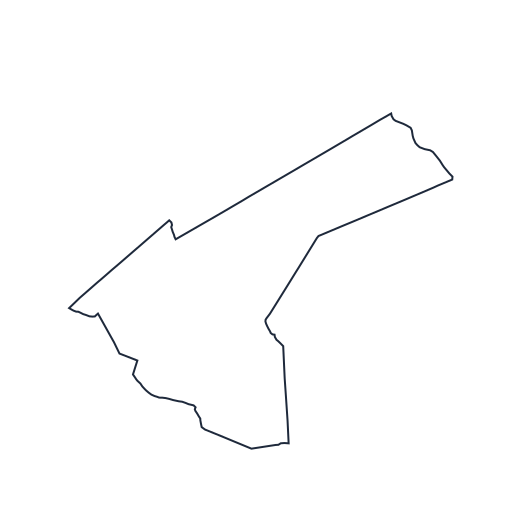 outline of Santa Quitéria do Maranhão, Maranhão, Brazil, rotated 291°
{"feature_id": "56859067B9226579866055", "entity_name": "Santa Quitéria do Maranhão", "entity_type": "district", "adm_level": 2, "iso_a3": "BRA", "parent_name": "Brazil", "parent_adm1": "Maranhão", "projection": "equal_earth", "projection_center": [-42.899, -3.344], "detail": "fine", "context": "isolated", "style": "outline", "palette": "slate", "viewbox_px": 512, "rotation_deg": 291, "n_neighbors": 0, "source": "geoboundaries", "source_scale": "gbopen_adm2", "svg_char_len": 1911}
<svg xmlns="http://www.w3.org/2000/svg" viewBox="0 0 512 512"><g transform="rotate(291 256 256)"><path d="M181.6,313.7L183.5,309.5L184.5,307.1L185.1,305.2L187.2,302.6L189.2,301.5L188.7,299.5L189.4,297.3L190.7,296.1L192.6,293.7L194.6,291.5L196.4,289.7L198.2,288.3L199.9,287.8L201.6,288.1L207.1,289.7L240.2,296.1L255.5,299.0L260.0,299.9L294.6,306.4L297.1,307.2L298.5,308.7L315.0,325.9L322.4,333.7L349.4,361.8L351.5,364.0L353.8,366.4L362.4,375.4L383.4,397.1L386.9,400.5L397.7,411.8L400.5,411.0L402.3,407.0L406.3,399.8L407.8,397.6L410.9,393.5L414.5,387.4L416.5,383.9L417.1,380.7L416.2,375.1L416.2,369.8L417.3,366.9L418.6,364.4L422.2,360.8L424.4,359.2L429.1,356.5L431.1,354.4L431.9,349.6L432.2,346.0L432.2,337.9L432.9,335.4L435.3,332.5L437.5,331.1L433.4,327.8L427.6,323.0L419.2,316.4L402.7,303.2L399.5,300.7L382.5,287.2L358.3,267.8L346.9,258.7L308.8,228.1L303.1,223.7L280.0,205.2L242.8,175.0L244.7,173.0L246.3,171.9L248.8,169.5L250.5,168.2L252.6,166.5L254.8,166.5L257.0,165.0L258.2,162.2L255.5,160.8L252.4,159.1L229.5,146.9L197.9,130.0L191.7,126.6L184.1,122.6L181.1,121.0L174.3,117.3L169.2,114.6L158.4,108.9L153.9,106.5L140.4,100.2L139.9,103.0L139.6,105.3L139.6,108.0L140.3,110.1L140.1,112.8L139.8,115.5L140.0,118.3L140.0,122.2L140.8,125.0L141.8,127.2L143.5,128.0L145.6,129.1L126.5,152.0L124.7,154.2L116.0,163.5L115.9,182.7L101.3,183.6L99.2,186.7L98.0,188.3L97.0,190.0L95.5,193.8L93.5,196.6L92.0,199.6L91.1,201.6L90.0,204.7L89.1,208.0L88.9,211.5L89.1,214.0L89.1,216.4L90.1,219.1L91.0,222.7L91.5,226.3L91.8,230.2L92.2,232.8L92.7,236.0L93.5,239.3L93.6,243.0L93.5,246.1L93.8,248.2L94.2,251.3L93.1,253.8L91.0,253.8L89.6,255.0L87.8,257.6L85.7,260.2L84.3,262.2L82.7,262.9L79.6,264.8L76.8,266.6L75.7,270.6L75.3,290.5L75.2,294.2L75.0,301.5L74.5,320.8L84.1,337.6L86.6,342.0L87.8,344.6L90.0,346.2L91.6,349.6L92.8,353.6L113.3,344.6L134.9,334.6L152.1,326.6L181.6,313.7Z" fill="none" stroke="#1e293b" stroke-width="2"/></g></svg>